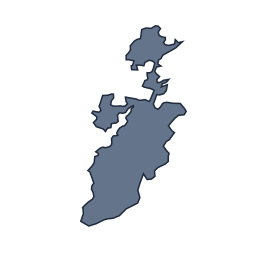 Muan-gun, South Jeolla, South Korea (Equal Earth projection), rotated 45°
{"feature_id": "91817680B20286966250971", "entity_name": "Muan-gun", "entity_type": "district", "adm_level": 2, "iso_a3": "KOR", "parent_name": "South Korea", "parent_adm1": "South Jeolla", "projection": "equal_earth", "projection_center": [126.385, 34.959], "detail": "fine", "context": "isolated", "style": "filled", "palette": "slate", "viewbox_px": 256, "rotation_deg": 45, "n_neighbors": 0, "source": "geoboundaries", "source_scale": "gbopen_adm2", "svg_char_len": 2714}
<svg xmlns="http://www.w3.org/2000/svg" viewBox="0 0 256 256"><g transform="rotate(45 128 128)"><path d="M180.1,123.1L176.7,119.8L174.9,116.9L172.6,116.9L165.9,115.9L164.6,110.6L165.5,107.2L164.1,98.4L161.0,98.9L155.2,97.9L154.7,94.1L154.3,88.2L154.7,83.4L158.3,79.0L157.4,75.1L153.8,74.2L147.6,73.7L142.1,78.9L137.6,82.1L135.7,84.4L135.2,86.5L136.0,89.7L136.0,93.5L133.0,94.6L129.0,93.2L126.6,87.9L124.7,84.2L127.1,82.1L129.0,78.6L128.7,74.5L125.2,69.6L122.5,75.4L120.9,72.5L122.8,68.7L122.5,64.7L119.3,69.3L118.5,72.8L116.9,75.1L114.2,73.7L114.0,69.3L109.4,69.6L106.7,69.0L105.1,64.7L107.5,60.9L103.8,61.7L101.6,58.5L102.2,55.6L101.1,51.9L102.7,46.3L105.1,37.6L105.4,28.6L103.2,32.1L98.9,32.1L101.6,35.6L98.4,40.8L95.5,42.8L92.8,42.6L92.0,39.1L90.4,37.6L87.4,39.6L84.7,40.5L81.5,38.8L80.7,34.7L77.2,34.7L75.1,36.4L74.0,41.1L70.0,44.6L68.1,48.7L72.1,53.9L73.5,55.9L71.6,59.4L71.0,62.6L71.6,68.4L74.3,70.8L75.3,74.3L75.3,78.0L78.3,80.8L78.5,81.0L80.2,79.2L84.7,76.3L86.9,80.4L86.3,81.8L89.3,84.2L93.8,80.1L89.5,77.7L92.0,75.1L95.2,72.8L93.6,69.6L95.2,64.9L98.4,63.2L101.1,63.2L104.0,68.4L105.1,71.3L104.3,73.7L102.4,75.4L104.6,77.5L106.7,78.6L107.5,80.4L106.4,82.4L108.6,88.2L110.7,87.6L116.1,84.2L118.3,83.3L119.9,83.0L123.9,92.6L124.2,94.3L120.1,95.8L117.2,99.6L115.8,100.8L113.4,101.6L104.3,108.0L108.1,110.7L110.5,111.2L110.5,114.4L108.9,116.5L107.0,117.7L104.0,121.2L101.6,123.2L99.2,123.8L97.0,120.3L96.5,116.8L93.8,114.4L92.5,115.3L90.6,119.1L88.7,121.2L87.1,122.9L90.6,129.6L92.2,133.1L96.5,134.6L96.2,137.5L91.4,140.7L91.9,143.0L96.0,142.4L98.1,142.2L99.7,144.2L99.7,148.6L104.6,149.5L109.4,147.1L111.3,146.2L114.5,146.5L113.7,142.7L115.6,139.8L113.2,136.6L116.1,132.8L116.4,130.2L114.0,128.4L111.3,126.1L111.3,123.2L114.0,121.2L115.3,118.8L114.5,114.4L115.0,110.7L116.1,108.4L117.0,109.5L116.6,112.0L117.7,113.3L118.5,114.2L118.8,117.2L119.0,118.9L118.6,120.8L119.5,122.6L122.3,123.2L123.2,123.8L123.8,127.4L123.8,129.3L122.8,130.6L122.5,132.4L122.1,134.1L122.6,136.7L122.9,138.0L123.9,139.8L125.9,140.5L124.9,142.0L124.0,142.9L123.2,144.2L123.8,147.1L125.6,148.7L126.7,149.5L127.5,150.5L128.4,152.5L127.9,154.7L126.0,157.9L123.6,159.4L122.5,162.3L122.0,167.6L125.2,167.0L126.3,168.7L124.7,171.6L127.1,174.6L128.7,176.6L129.5,180.7L129.8,186.5L131.7,185.9L137.1,188.4L142.9,191.2L143.4,194.6L145.5,197.1L148.9,198.3L152.3,200.5L153.2,203.3L152.3,208.3L152.1,212.9L152.2,216.5L153.0,216.7L157.0,220.1L160.6,227.4L169.6,225.0L173.2,218.1L175.8,210.3L177.6,206.9L181.2,202.5L183.9,196.2L183.9,186.4L187.9,174.3L185.7,168.9L178.9,165.0L175.8,159.2L171.3,149.5L178.0,150.9L180.7,147.5L181.2,143.1L177.1,139.7L177.1,134.9L179.8,127.1L180.1,123.1Z" fill="#64748b" stroke="#1e293b" stroke-width="1.5"/></g></svg>